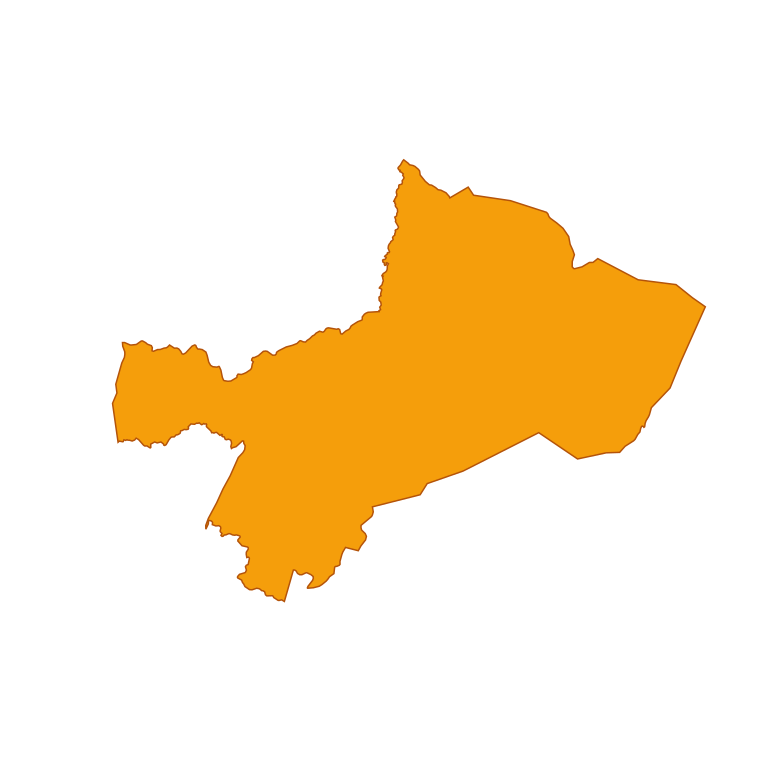 Mossurize, Manica, Mozambique (Natural Earth projection), rotated 214°
{"feature_id": "85939544B24800488676804", "entity_name": "Mossurize", "entity_type": "district", "adm_level": 2, "iso_a3": "MOZ", "parent_name": "Mozambique", "parent_adm1": "Manica", "projection": "natural_earth1", "projection_center": [33.088, -20.472], "detail": "fine", "context": "isolated", "style": "filled", "palette": "amber", "viewbox_px": 768, "rotation_deg": 214, "n_neighbors": 0, "source": "geoboundaries", "source_scale": "gbopen_adm2", "svg_char_len": 6171}
<svg xmlns="http://www.w3.org/2000/svg" viewBox="0 0 768 768"><g transform="rotate(214 384 384)"><path d="M571.9,187.0L571.5,188.6L568.3,190.0L568.0,190.4L568.4,192.3L566.6,192.8L565.9,194.1L564.9,194.2L563.5,195.1L560.9,195.9L559.4,198.1L559.2,200.5L556.4,200.7L549.1,198.8L547.7,198.8L545.9,200.1L542.3,200.2L541.9,200.5L541.9,201.1L543.8,203.7L541.7,207.7L539.1,208.3L536.5,211.2L533.4,211.0L532.4,210.2L531.4,210.4L530.7,211.9L531.1,217.4L530.8,220.6L530.3,221.4L528.3,222.9L527.8,225.7L526.7,226.5L525.7,228.5L525.5,229.4L526.4,231.5L525.2,232.7L524.3,234.6L522.5,235.5L521.1,236.9L521.3,238.1L522.4,239.0L521.7,242.9L518.5,244.7L517.5,246.7L516.2,247.4L515.5,248.5L512.6,248.2L511.8,249.1L511.3,250.5L510.3,250.5L509.0,251.6L508.4,251.3L507.7,249.7L507.1,249.3L501.3,248.3L499.6,247.2L498.6,248.0L497.5,248.2L496.7,249.5L495.7,250.3L491.3,249.7L490.2,251.6L489.8,251.6L489.3,250.2L488.3,250.1L486.9,250.8L484.6,249.3L483.3,249.8L482.3,251.2L480.0,251.8L478.7,251.1L477.2,249.6L476.0,246.5L474.4,245.2L473.9,246.5L471.6,249.3L469.6,257.6L468.5,258.1L467.0,256.4L464.6,255.2L462.8,251.6L462.6,248.2L463.7,241.6L460.2,222.0L458.8,207.0L456.3,192.0L454.5,174.5L452.7,167.1L450.5,164.0L451.4,169.8L452.8,172.2L452.6,173.1L452.1,173.4L450.4,173.9L449.2,173.6L448.6,173.2L447.7,171.4L444.0,172.3L441.7,174.2L439.9,174.3L438.7,173.3L437.7,170.5L437.1,170.0L434.8,169.5L434.5,167.3L433.0,167.1L432.2,168.0L432.0,169.5L430.7,170.5L429.1,173.0L427.9,173.8L425.1,174.2L423.1,175.2L422.1,176.3L418.8,177.4L418.1,177.2L417.6,176.6L418.0,173.3L417.4,172.1L411.3,170.5L406.1,172.5L405.2,172.5L404.2,171.2L404.1,167.6L403.0,165.8L400.7,163.4L399.7,164.6L398.7,164.6L397.9,163.9L395.7,158.4L396.8,156.7L396.7,155.0L394.0,152.8L393.6,150.6L393.8,149.8L397.4,145.4L397.7,142.7L397.5,141.9L396.8,141.4L392.4,141.8L390.3,140.3L388.4,139.7L386.0,138.3L380.5,138.3L378.3,139.6L375.3,143.5L372.7,144.6L369.7,144.3L368.8,144.9L366.8,145.0L364.4,143.0L362.7,142.8L358.1,146.1L357.2,146.0L356.0,145.3L350.9,145.4L350.0,145.8L348.2,147.8L345.0,148.0L355.1,179.1L354.1,179.8L352.4,179.9L349.7,178.6L347.1,178.8L345.4,180.0L343.2,183.7L342.4,184.4L337.9,185.1L335.1,184.8L333.9,183.2L333.4,181.3L333.9,173.7L333.5,172.1L333.1,172.0L328.6,175.6L324.6,180.1L323.3,183.0L321.7,188.3L321.4,190.8L321.4,193.8L319.5,198.8L322.5,204.6L322.2,205.6L321.2,206.4L319.7,208.7L319.6,209.9L321.3,212.3L323.6,219.1L324.2,221.8L324.5,227.0L312.1,231.4L312.6,236.9L312.1,244.4L313.4,247.9L315.9,249.5L320.9,250.4L322.7,252.0L324.0,254.0L320.2,267.2L320.4,269.0L321.4,272.0L324.9,275.7L292.1,312.4L292.5,325.6L269.8,356.0L228.5,430.2L181.6,430.1L161.3,451.2L150.4,459.1L149.3,467.2L145.3,476.5L144.9,478.5L145.4,484.1L145.0,487.3L146.4,490.8L146.7,492.8L146.4,493.5L145.4,493.8L144.3,493.4L144.0,494.3L145.5,497.4L146.2,500.1L146.4,504.7L146.8,507.0L149.1,513.9L144.6,540.6L150.5,568.8L160.8,627.7L176.7,628.0L197.5,629.7L231.6,612.5L276.9,607.5L278.7,601.7L281.7,599.6L285.3,591.9L290.4,586.2L291.4,585.8L293.5,586.4L296.4,590.8L298.4,597.6L302.4,600.6L307.8,603.9L313.3,609.5L322.7,613.2L330.8,614.1L338.7,614.4L340.9,615.0L343.3,616.7L345.3,617.2L381.7,606.7L415.3,590.6L424.3,594.3L433.5,575.1L434.9,576.0L439.5,577.2L445.2,576.5L447.8,575.3L451.0,575.7L455.7,575.5L457.8,574.5L463.1,575.1L470.9,577.5L473.6,580.5L475.5,581.2L480.0,581.7L482.0,581.4L485.5,580.0L487.0,580.5L493.0,580.9L493.2,579.3L492.8,574.7L493.3,571.4L492.9,570.5L491.3,569.8L490.1,570.2L489.8,569.1L489.2,568.9L488.4,569.3L485.5,569.0L485.2,567.5L482.9,566.4L482.5,565.5L482.6,562.6L481.4,561.3L481.0,559.6L482.8,557.6L482.7,556.7L481.4,554.6L481.9,552.2L481.2,550.1L480.4,549.1L479.8,548.9L478.6,547.1L478.4,546.3L478.9,545.6L478.3,544.5L478.5,544.0L478.3,542.4L477.9,542.1L478.2,541.4L478.0,540.8L477.1,541.1L475.9,539.8L474.9,539.6L474.7,538.6L473.7,537.6L470.9,536.7L468.9,534.2L468.8,532.7L467.9,531.2L467.6,530.1L468.4,528.4L465.9,526.5L465.4,525.1L459.8,522.3L459.5,521.5L459.5,519.8L460.6,518.1L460.4,517.2L459.6,516.8L459.0,514.4L458.3,513.5L458.9,511.5L458.8,510.2L457.3,509.0L457.2,508.4L458.0,505.7L457.7,505.0L457.9,502.8L457.6,501.0L456.5,498.8L453.3,496.7L453.2,495.9L454.3,495.1L454.5,494.3L453.8,493.6L454.8,491.0L454.7,490.0L453.0,490.3L452.7,489.0L452.9,487.9L454.2,486.7L454.4,485.9L453.1,484.5L451.6,484.6L450.5,483.2L449.6,482.8L449.0,483.5L448.9,484.3L449.9,485.7L449.5,486.2L447.6,486.2L447.3,483.8L445.5,480.9L445.1,479.1L445.3,477.7L446.4,475.1L446.4,472.7L446.0,472.4L445.0,472.9L444.9,471.7L442.1,469.0L442.0,467.6L441.1,465.3L441.7,461.5L441.5,460.9L439.3,461.3L438.5,460.8L437.4,457.3L436.6,455.9L435.8,455.5L436.7,453.6L436.6,453.0L434.7,450.6L432.5,450.1L430.8,448.3L430.4,447.7L430.5,445.3L428.4,443.7L429.2,442.0L428.5,441.3L437.4,434.5L438.7,432.4L439.3,430.8L439.5,427.4L438.2,425.5L438.1,424.6L440.6,421.0L443.0,415.6L443.7,413.6L443.4,411.3L443.6,409.7L445.3,406.6L446.6,402.0L448.0,401.5L451.3,404.4L452.9,404.2L453.7,403.0L461.3,399.6L462.4,398.6L463.0,397.2L463.0,394.3L463.4,393.2L463.8,392.7L467.0,391.7L468.8,388.1L469.1,385.8L470.2,383.8L471.0,379.9L472.1,377.2L472.5,374.9L474.5,373.8L477.3,373.3L478.0,372.6L478.8,368.9L481.7,364.7L485.8,360.0L489.7,353.1L490.6,351.0L490.7,349.9L490.1,348.7L490.4,347.1L492.4,345.6L499.0,345.8L500.6,345.1L502.3,343.6L504.0,337.2L506.3,333.4L507.4,332.7L507.6,331.1L507.0,329.6L504.7,329.3L504.5,327.3L502.7,323.1L502.7,321.2L504.7,316.3L506.2,313.9L507.6,312.1L510.5,310.6L510.5,308.5L509.8,307.7L509.8,306.8L512.6,300.9L514.9,299.0L518.4,297.4L519.3,297.5L521.7,299.1L527.0,304.3L530.1,306.2L530.7,306.3L531.9,304.6L535.6,302.6L538.2,302.5L541.5,304.1L546.6,308.8L549.5,310.9L553.9,310.9L556.7,309.7L557.6,308.9L559.9,309.5L561.5,310.7L562.2,310.7L562.8,310.5L564.3,308.1L565.8,298.8L567.0,296.5L568.4,296.1L570.7,297.4L573.8,298.3L575.8,298.0L577.8,296.5L583.6,296.4L584.1,293.6L584.8,292.2L586.4,290.8L588.8,287.5L591.0,285.9L593.4,282.2L594.9,281.8L596.4,284.6L598.3,285.7L602.4,284.7L604.6,285.0L608.2,284.7L609.3,283.9L611.4,278.3L615.3,275.0L616.3,274.4L622.3,273.3L624.0,272.1L621.7,269.2L617.0,265.8L615.5,263.8L614.1,260.9L613.1,254.7L606.2,233.8L600.4,227.2L598.2,216.1L571.9,187.0Z" fill="#f59e0b" stroke="#b45309" stroke-width="1.5"/></g></svg>